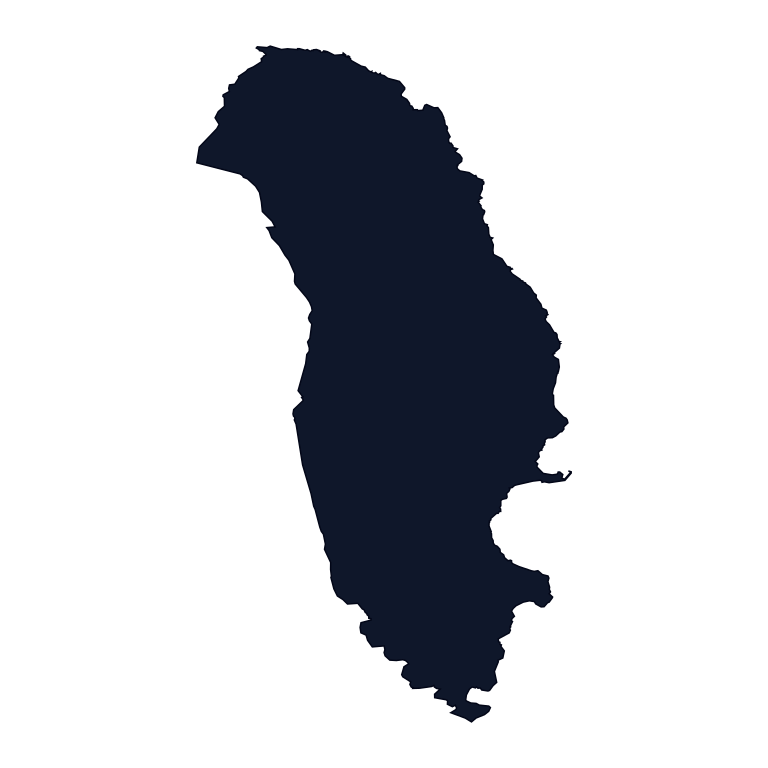 Svelvik nor, Vestfold, Norway (Natural Earth projection)
{"feature_id": "86288312B37991214799587", "entity_name": "Svelvik nor", "entity_type": "district", "adm_level": 2, "iso_a3": "NOR", "parent_name": "Norway", "parent_adm1": "Vestfold", "projection": "natural_earth1", "projection_center": [10.357, 59.613], "detail": "fine", "context": "isolated", "style": "filled", "palette": "ink", "viewbox_px": 768, "rotation_deg": 0, "n_neighbors": 0, "source": "geoboundaries", "source_scale": "gbopen_adm2", "svg_char_len": 6038}
<svg xmlns="http://www.w3.org/2000/svg" viewBox="0 0 768 768"><path d="M471.5,721.9L476.1,718.0L484.5,714.6L488.7,711.3L490.4,707.6L488.8,706.1L479.3,705.1L476.2,703.4L470.8,703.0L466.3,700.9L465.7,699.8L466.4,694.9L469.5,689.0L472.1,687.0L475.5,687.9L476.5,686.8L477.9,688.2L480.3,688.0L481.7,690.0L488.0,691.0L489.6,690.4L493.1,685.6L496.7,682.4L494.4,671.4L498.3,661.8L497.9,660.3L502.8,658.0L504.3,650.9L500.9,646.4L501.4,644.9L499.9,644.3L499.9,642.3L498.5,641.7L498.3,638.8L509.2,632.9L510.4,630.1L509.9,629.4L509.9,627.7L510.7,626.9L510.2,626.4L512.5,621.5L511.3,620.6L512.1,618.5L514.4,616.3L511.5,611.1L513.1,608.5L516.1,605.7L523.3,602.1L529.4,600.8L534.4,601.6L535.7,603.9L541.1,606.9L544.1,606.7L547.5,602.8L549.2,602.1L552.4,597.7L552.6,597.0L549.1,593.8L550.5,591.9L549.3,589.4L549.6,587.2L547.9,581.6L548.9,578.1L548.0,576.0L542.4,574.6L537.9,570.7L534.3,571.4L531.4,570.8L519.0,566.6L513.0,563.9L511.5,562.5L511.6,560.8L510.6,560.2L508.0,560.7L504.5,557.6L503.7,554.9L500.3,552.4L499.9,549.2L497.3,546.3L494.5,545.1L493.3,543.0L493.1,540.5L491.6,537.8L491.5,533.7L490.7,531.9L491.2,531.6L489.0,525.9L489.1,522.9L489.7,522.0L489.3,521.1L490.9,519.8L490.7,518.5L496.6,513.3L498.2,513.3L499.3,511.4L500.7,511.4L500.6,509.0L499.6,507.8L500.8,505.8L500.8,500.5L502.4,499.3L506.4,498.4L507.1,497.1L506.6,493.4L508.9,491.3L509.9,489.0L509.3,488.1L512.2,487.5L514.6,485.4L516.7,484.8L532.9,481.1L539.8,480.3L541.6,480.7L542.0,482.3L544.4,481.8L549.1,482.7L564.9,480.4L571.2,473.1L571.2,471.8L568.4,470.9L570.8,472.2L564.6,479.2L561.8,478.1L562.8,474.5L559.9,472.2L559.5,472.8L559.6,472.1L558.2,472.0L557.6,473.7L556.5,474.3L552.1,474.9L543.2,473.4L537.2,467.3L536.8,465.9L537.8,464.0L535.2,461.4L537.3,459.2L536.7,458.8L537.5,458.9L539.2,456.9L538.4,452.7L539.5,450.9L541.9,450.0L541.4,449.3L543.0,447.0L543.0,445.8L544.6,444.8L544.3,443.2L545.1,441.9L545.0,439.8L547.6,437.9L552.4,437.7L555.8,435.9L559.8,432.1L561.9,431.6L563.9,429.1L563.7,426.9L567.9,422.9L567.2,419.9L566.0,418.2L563.3,417.0L554.7,407.9L553.7,404.8L553.5,395.3L552.7,395.0L552.4,393.3L553.2,388.8L555.5,382.8L556.1,377.2L557.4,373.0L558.1,372.9L557.8,371.4L558.4,371.3L559.3,367.0L558.4,359.5L554.3,357.1L552.4,354.7L554.2,353.7L553.4,353.4L559.4,348.1L560.0,343.9L560.6,343.6L559.7,343.1L559.4,342.1L560.0,341.7L559.1,341.6L557.2,337.8L557.0,334.5L555.8,332.9L554.0,332.4L549.5,324.8L546.1,321.5L545.0,318.8L546.5,317.0L545.6,315.9L547.9,314.6L547.0,313.4L547.2,312.4L546.3,310.1L541.9,308.1L540.9,304.2L536.1,297.9L536.3,295.1L533.7,293.0L530.2,287.2L526.0,284.1L525.5,282.9L523.1,282.1L522.9,281.1L520.4,280.2L520.1,279.3L512.2,273.9L510.1,271.2L510.6,269.6L512.4,269.0L511.9,268.4L510.3,268.9L510.2,267.3L506.9,266.3L502.0,258.9L493.4,254.4L492.9,250.4L493.3,244.9L491.1,239.5L492.7,238.0L490.1,237.3L488.8,234.1L488.4,227.6L487.0,225.9L487.4,224.7L484.4,223.7L482.5,218.8L483.0,214.9L483.6,214.7L484.7,211.8L484.4,210.5L482.4,209.6L480.6,206.8L481.1,205.9L478.1,202.1L479.1,201.2L478.5,200.8L478.9,199.6L482.0,197.9L479.7,196.1L479.8,195.0L482.2,189.3L482.3,185.0L483.8,183.9L483.8,182.0L482.1,180.6L482.6,180.0L477.1,178.1L475.8,175.5L474.2,175.8L469.1,172.6L459.9,170.9L457.7,169.1L457.1,167.9L457.1,166.2L457.8,165.6L457.3,165.0L461.6,161.4L462.0,158.2L459.6,154.7L455.4,152.1L455.1,151.5L457.5,148.8L452.9,147.5L453.0,145.9L451.0,143.1L449.6,143.3L448.6,141.3L448.6,138.7L450.1,136.8L446.9,130.6L447.5,128.1L447.0,126.4L445.2,125.2L444.5,120.3L443.6,118.8L443.9,118.0L441.6,112.7L437.8,107.6L434.0,107.8L426.6,104.5L424.8,105.3L422.8,110.2L417.9,110.6L417.4,109.7L413.1,109.7L413.2,108.3L411.7,106.0L410.5,106.0L409.7,104.9L409.5,103.3L406.8,99.4L401.4,96.3L401.1,94.0L404.7,89.2L404.7,87.7L399.4,81.4L387.7,78.3L384.2,75.7L380.5,74.7L380.4,73.4L378.0,74.6L375.6,72.4L374.2,73.2L371.6,72.4L371.8,71.4L370.9,71.9L368.5,70.7L365.3,67.1L361.1,66.1L352.0,61.0L350.6,59.9L350.5,58.5L348.5,57.2L349.4,56.7L348.6,56.0L347.5,56.1L348.3,57.3L347.6,57.4L345.2,56.4L345.7,55.0L343.2,53.0L343.0,53.8L344.1,54.7L343.4,55.3L342.4,54.7L334.5,55.3L327.4,51.7L325.8,51.3L326.3,52.0L325.1,52.3L323.6,51.0L322.5,52.3L321.2,52.2L319.4,51.1L319.8,50.7L316.5,49.5L313.5,49.8L313.1,50.6L312.1,50.2L310.2,51.3L307.3,49.6L305.2,50.3L299.4,48.7L297.6,48.7L297.6,49.6L287.5,48.8L281.4,49.5L270.2,46.1L267.1,47.6L257.3,46.8L256.3,48.0L259.1,49.6L259.4,50.6L262.9,51.4L266.1,54.5L266.0,55.2L263.5,56.2L263.5,57.1L261.2,58.7L261.6,61.7L253.4,66.9L248.0,69.3L246.0,71.5L238.5,76.5L238.9,77.9L234.8,84.2L229.5,84.9L228.7,88.4L229.4,91.5L223.2,94.8L222.9,96.3L224.3,97.6L224.5,106.3L218.3,111.6L215.1,117.8L219.2,124.4L216.8,128.8L199.3,147.1L196.8,162.8L240.1,173.9L242.6,175.6L243.4,177.2L247.5,178.8L255.6,186.2L259.5,192.4L261.4,202.0L262.4,211.6L272.1,221.2L275.1,226.9L266.8,227.6L269.1,230.6L271.8,237.7L279.4,245.6L285.0,255.2L288.9,260.2L294.9,273.9L294.5,281.3L295.2,284.0L306.5,297.5L309.5,302.0L311.5,306.7L312.2,310.7L309.8,314.4L308.5,318.0L309.4,320.8L311.8,324.0L309.9,338.4L307.6,342.0L309.3,348.0L309.2,351.3L306.8,354.5L305.7,363.6L298.1,390.7L302.9,396.8L301.6,397.4L303.0,399.5L303.0,400.7L293.7,409.6L293.0,413.9L293.5,416.1L294.5,417.0L294.9,418.7L294.3,419.9L296.1,424.1L302.6,464.9L311.1,493.7L313.7,506.2L315.2,509.6L319.8,527.1L321.3,531.3L323.4,534.2L325.4,544.1L324.5,549.3L330.7,562.5L330.6,569.5L331.4,576.2L330.9,577.4L333.9,588.9L337.4,596.0L342.9,599.5L347.5,604.0L357.8,603.3L362.4,609.0L363.9,609.6L365.3,612.5L366.9,613.5L367.0,614.7L368.7,616.1L368.8,618.3L371.0,618.6L371.0,620.1L361.0,622.7L360.1,627.4L360.9,632.8L366.1,635.1L367.6,640.3L372.3,646.9L384.1,645.9L384.9,649.6L384.1,652.6L385.1,655.8L389.8,660.1L396.3,660.5L402.8,659.7L405.5,660.5L407.8,662.5L408.6,663.9L404.0,666.7L401.7,674.7L402.8,676.8L410.7,681.8L409.9,684.5L411.3,687.1L413.2,687.6L412.8,688.4L419.6,688.2L431.7,686.5L433.8,685.4L434.3,686.9L436.5,688.4L440.2,689.1L434.6,694.2L434.7,697.7L446.3,699.8L447.6,700.8L447.4,704.2L452.4,706.7L455.3,705.2L456.6,707.9L455.9,709.6L450.8,712.7L465.3,718.1L471.5,721.9Z" fill="#0f172a" stroke="#020617" stroke-width="1.5"/></svg>